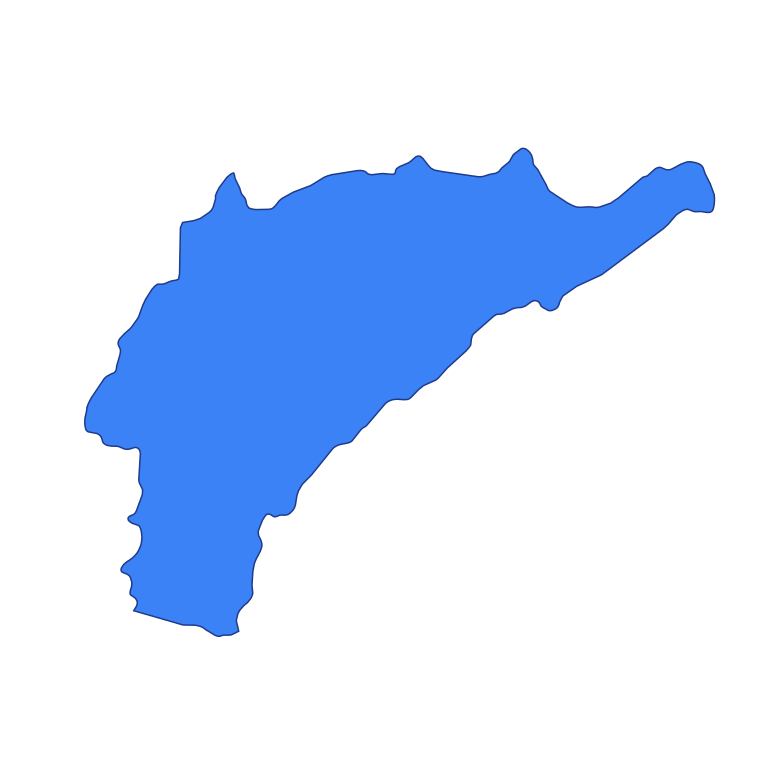 SVG path tracing the border of Phrae, rotated 192°
{"feature_id": "THA-395", "entity_name": "Phrae", "entity_type": "Province", "adm_level": 1, "iso_a3": "THA", "parent_name": "Thailand", "parent_adm1": "", "projection": "albers", "projection_center": [100.043, 18.254], "detail": "fine", "context": "isolated", "style": "filled", "palette": "blue", "viewbox_px": 768, "rotation_deg": 192, "n_neighbors": 0, "source": "natural_earth", "source_scale": "10m", "svg_char_len": 4954}
<svg xmlns="http://www.w3.org/2000/svg" viewBox="0 0 768 768"><g transform="rotate(192 384 384)"><path d="M581.7,110.2L579.8,115.6L579.7,117.4L580.1,119.9L582.4,122.6L584.5,123.6L588.0,125.0L589.0,126.6L589.2,129.1L588.8,133.8L589.4,137.5L591.7,141.9L593.5,143.6L595.7,144.6L599.6,145.2L601.4,145.7L602.5,147.1L602.7,149.2L601.1,153.3L598.2,157.1L597.0,158.1L593.9,161.5L592.1,164.2L590.5,167.1L589.4,170.4L588.6,174.3L588.3,176.5L588.4,179.6L588.9,183.9L590.8,189.5L592.3,192.3L593.8,194.1L595.5,194.7L601.2,195.4L603.0,196.0L604.6,196.8L605.8,197.7L606.4,199.1L606.3,200.5L605.0,202.1L602.0,204.2L601.0,205.3L600.3,206.8L599.8,208.7L597.5,224.8L597.6,227.3L598.2,230.5L602.7,236.4L603.4,237.8L604.0,239.6L607.9,265.5L608.5,266.9L609.3,268.3L610.3,269.4L611.6,270.1L613.4,270.4L614.9,270.0L619.2,267.5L620.9,266.9L622.6,266.6L624.5,266.5L630.1,267.6L632.0,267.6L637.6,266.6L641.4,266.4L643.4,266.7L645.1,267.3L646.4,268.1L647.4,269.4L648.0,270.8L649.6,273.3L650.3,274.0L651.1,274.6L652.3,275.2L653.1,275.5L654.5,275.9L662.3,275.7L664.2,275.9L665.5,276.8L666.5,278.0L668.4,282.7L668.9,285.4L669.4,288.8L669.3,295.7L669.7,299.4L669.0,304.0L667.5,309.4L658.8,331.0L657.7,332.7L656.7,333.9L653.0,337.1L650.7,338.6L650.1,339.2L649.4,340.5L648.9,342.2L649.2,346.3L648.4,357.3L648.5,360.5L649.0,362.9L651.9,366.9L652.5,368.4L652.7,370.5L652.0,373.1L648.3,379.3L643.7,385.5L642.4,388.0L638.4,397.2L637.8,399.9L636.3,410.9L634.8,417.3L630.8,428.1L628.5,432.1L626.3,434.5L620.9,435.8L619.4,436.5L615.5,439.3L612.8,440.9L609.5,442.1L608.0,442.9L606.8,443.9L606.9,449.2L615.6,494.4L614.6,500.1L604.1,504.2L598.6,507.4L597.9,507.9L590.4,515.8L588.7,518.6L587.9,521.2L587.3,529.5L587.5,531.3L588.0,532.9L587.5,536.5L586.1,541.7L580.6,553.5L577.4,557.6L575.0,559.2L574.0,557.9L572.7,554.7L571.9,553.4L566.0,545.8L563.7,541.6L562.8,540.3L559.1,537.3L558.1,536.1L557.2,534.7L555.8,531.5L555.0,530.1L553.9,529.1L552.7,528.1L549.7,527.7L545.5,528.0L533.1,530.9L530.4,532.0L529.2,533.1L527.3,535.8L524.4,541.7L522.2,544.4L512.6,552.8L496.9,562.9L485.7,573.6L482.5,575.8L478.8,577.8L454.4,587.2L450.8,588.1L448.8,588.2L447.0,588.0L445.4,587.4L444.1,586.5L442.1,586.0L439.3,586.2L431.1,589.0L428.5,589.7L419.3,590.8L417.4,591.8L416.8,593.4L417.1,595.0L416.4,597.3L414.2,599.7L405.8,605.6L403.8,607.9L400.1,612.9L398.0,614.1L395.9,614.3L393.1,612.9L385.8,606.8L383.1,604.9L379.2,603.7L370.7,603.9L335.0,606.3L332.7,606.8L330.2,607.6L324.2,611.0L318.7,613.3L317.0,614.6L315.7,615.9L313.5,620.1L308.4,626.4L307.5,627.8L305.4,634.7L304.6,636.0L299.3,642.1L298.0,643.1L296.3,643.5L294.2,643.4L290.8,641.8L289.0,640.3L287.6,638.9L286.7,637.5L285.9,636.1L285.2,634.6L284.1,631.2L283.4,629.8L282.2,628.7L278.3,625.8L267.0,612.8L264.2,608.9L263.1,607.8L261.8,606.9L242.3,599.3L236.9,597.8L233.1,597.2L230.7,597.3L228.1,597.8L221.3,599.7L216.8,600.5L215.0,600.5L213.2,600.8L211.5,601.3L209.6,602.1L199.9,608.0L193.2,614.9L173.9,640.0L169.8,642.2L163.3,651.0L161.0,652.7L158.8,653.4L153.3,652.4L151.3,652.4L149.7,652.8L148.1,653.5L146.8,654.4L139.5,660.6L134.0,664.1L130.7,665.1L126.5,665.3L122.6,665.0L120.8,664.6L119.2,663.9L117.8,662.9L116.8,661.8L113.5,656.3L106.5,647.6L100.5,638.1L99.5,634.9L98.7,631.1L98.3,627.1L98.4,623.1L99.1,621.3L100.5,619.9L103.3,619.0L109.9,618.6L115.1,617.3L116.9,617.1L122.2,618.0L124.0,617.9L125.6,617.2L126.9,616.4L128.2,615.4L132.6,611.0L133.9,609.1L139.1,599.6L142.9,594.2L193.8,536.2L215.8,519.7L226.3,508.4L226.9,507.9L227.4,506.9L228.1,505.1L229.2,500.7L229.4,497.9L230.1,495.2L231.6,493.2L234.7,491.0L236.8,490.2L238.8,490.1L240.4,490.7L243.8,491.6L245.4,492.3L246.8,493.1L248.7,495.6L250.0,496.5L251.6,497.0L253.4,497.0L255.1,496.5L256.9,495.1L261.9,489.7L264.0,488.3L266.0,487.3L269.4,486.4L271.0,485.7L274.0,484.2L281.1,478.2L283.5,476.9L285.9,476.2L287.9,475.8L290.6,473.4L306.7,451.8L307.6,449.9L307.9,446.5L307.3,440.1L308.5,437.2L310.6,433.4L325.3,413.0L332.3,400.8L333.6,399.2L334.7,398.2L345.0,390.7L349.0,385.7L354.6,376.8L356.0,375.1L357.4,373.9L360.7,372.9L368.3,371.8L371.7,370.7L374.6,369.1L377.0,367.2L378.8,364.8L392.2,340.1L393.4,338.5L395.8,336.4L397.2,334.3L403.5,321.6L404.5,320.5L405.8,319.6L407.2,318.7L413.5,316.1L416.4,314.5L418.8,312.5L420.5,310.5L435.9,280.2L443.1,268.9L445.4,261.9L445.7,259.6L446.0,256.5L445.5,247.7L445.8,244.5L446.7,241.8L449.2,237.9L451.2,236.1L453.3,235.2L457.0,234.5L458.7,234.0L461.3,232.2L462.8,231.5L464.3,231.4L467.3,232.5L468.9,232.9L470.6,232.6L471.9,231.9L473.1,229.5L474.5,225.7L475.9,217.7L476.4,213.6L475.2,209.8L471.8,205.4L470.6,203.1L469.8,200.8L469.8,198.3L470.2,195.0L472.7,185.9L473.5,181.3L473.3,173.3L471.3,159.9L470.4,156.8L469.8,155.2L468.8,151.8L469.0,149.6L469.5,147.1L471.7,142.5L472.2,141.6L474.8,138.5L477.3,134.1L478.1,132.5L479.2,128.9L479.3,121.8L474.7,112.0L480.9,107.1L482.4,106.4L489.0,104.9L492.2,103.1L494.0,102.7L497.1,103.1L507.2,106.6L510.3,108.1L513.7,108.8L518.1,108.9L530.5,106.5L581.7,110.2Z" fill="#3b82f6" stroke="#1e3a8a" stroke-width="1.5"/></g></svg>